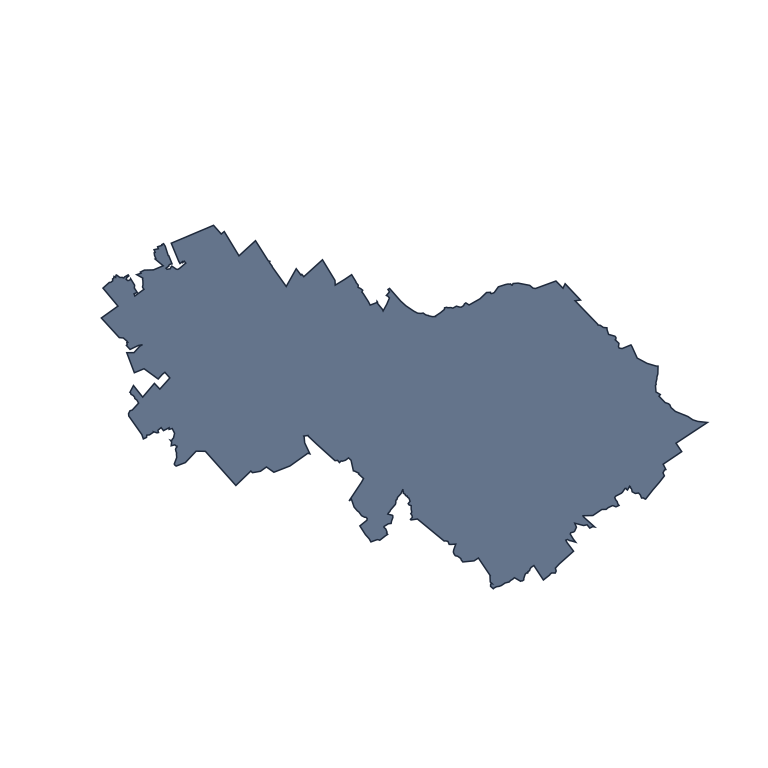 outline of Jesús María, Aguascalientes, Mexico, rotated 228°
{"feature_id": "50627088B43766130092771", "entity_name": "Jesús María", "entity_type": "district", "adm_level": 2, "iso_a3": "MEX", "parent_name": "Mexico", "parent_adm1": "Aguascalientes", "projection": "mercator", "projection_center": [-102.408, 21.935], "detail": "fine", "context": "isolated", "style": "filled", "palette": "slate", "viewbox_px": 768, "rotation_deg": 228, "n_neighbors": 0, "source": "geoboundaries", "source_scale": "gbopen_adm2", "svg_char_len": 6171}
<svg xmlns="http://www.w3.org/2000/svg" viewBox="0 0 768 768"><g transform="rotate(228 384 384)"><path d="M579.4,213.8L559.4,206.0L555.9,215.9L538.8,219.5L539.5,225.8L539.3,229.0L531.8,228.9L530.2,214.0L538.1,213.8L535.7,195.9L550.5,196.8L547.9,189.8L547.7,190.0L545.6,189.1L543.3,189.9L541.1,189.8L539.9,189.1L537.4,189.6L534.0,188.8L533.1,179.5L534.1,177.3L532.9,174.3L531.0,172.9L508.5,170.2L504.2,168.4L503.2,171.8L504.7,173.5L503.1,175.7L502.4,180.7L502.7,180.8L499.6,182.6L498.8,184.0L500.6,184.8L500.9,185.4L500.7,189.2L496.9,188.9L495.3,195.0L494.1,193.9L492.6,196.8L487.5,195.4L484.8,191.5L484.6,189.8L484.2,189.2L484.6,187.8L485.0,187.6L483.0,187.4L480.5,184.5L478.8,187.8L476.6,188.1L476.2,188.5L475.6,187.7L475.6,186.6L475.0,185.4L473.1,184.3L471.4,183.7L471.0,183.0L468.1,180.8L464.9,174.6L464.0,174.3L462.1,174.6L458.5,183.8L459.8,199.4L453.5,206.2L407.7,206.0L408.4,226.8L406.1,226.9L401.8,233.8L401.0,241.1L392.1,243.1L386.0,259.3L383.5,281.0L381.7,282.2L393.4,285.7L398.0,289.2L399.0,289.5L396.6,293.1L396.0,292.8L384.6,293.7L359.8,296.3L358.3,298.4L355.4,298.3L355.5,300.7L354.5,301.4L353.1,304.4L352.8,308.2L349.4,308.5L339.9,303.1L339.5,303.6L334.5,305.6L334.1,304.9L327.4,305.5L326.0,301.3L320.5,279.8L320.2,282.7L312.5,279.4L307.7,279.3L305.6,279.7L301.2,279.2L298.0,280.4L297.0,281.4L295.2,281.5L294.2,280.1L294.7,271.1L284.5,269.4L278.9,269.4L275.4,268.6L272.9,274.8L271.6,275.9L270.7,276.3L270.2,283.6L269.8,286.1L271.6,286.2L271.8,287.1L275.0,288.3L277.5,288.1L278.1,288.7L277.2,293.7L275.6,296.0L277.1,297.9L278.8,301.2L280.2,302.4L280.8,302.4L284.8,299.8L285.3,301.3L285.3,303.0L286.0,304.6L286.9,311.9L287.9,313.4L289.1,314.4L289.7,315.5L289.5,316.3L290.7,318.2L291.2,323.3L293.2,327.7L292.0,326.7L290.7,326.2L290.0,325.3L287.7,325.9L287.2,325.5L285.8,325.6L285.3,326.2L284.2,325.8L282.3,326.1L279.4,324.9L278.9,321.9L277.4,321.7L275.4,322.8L272.9,320.5L270.4,319.0L269.9,318.2L269.7,317.1L267.6,316.9L265.9,315.8L265.7,313.1L264.9,313.1L261.3,318.5L227.1,323.6L226.0,325.0L224.2,326.2L221.2,325.1L219.7,326.7L217.0,330.2L214.2,325.0L213.1,323.5L212.2,322.8L210.2,322.2L208.6,322.1L206.7,323.5L202.9,324.3L201.7,323.7L199.0,323.5L192.3,332.6L191.5,337.7L170.4,334.7L170.4,334.3L165.8,330.5L163.4,330.7L164.1,330.2L164.0,329.9L163.6,329.0L162.3,327.8L158.7,328.2L158.7,329.5L158.0,332.1L156.6,334.1L155.7,336.4L155.1,340.8L153.1,344.6L153.3,346.6L152.8,349.0L152.8,351.3L146.0,353.5L145.9,354.1L145.1,355.1L144.9,356.8L145.9,357.7L148.2,361.7L148.2,363.6L147.4,364.2L147.4,364.7L148.3,365.4L147.9,367.3L148.7,368.5L149.3,370.5L148.8,373.9L131.7,371.3L131.2,379.2L131.5,380.4L131.4,382.1L128.9,384.8L129.8,386.8L132.5,388.2L133.0,393.9L132.9,413.0L143.5,413.9L146.3,414.6L145.7,416.3L143.3,417.2L142.1,418.2L138.2,420.6L142.0,420.9L147.9,422.0L148.5,423.3L147.1,426.0L147.1,427.3L148.8,431.2L152.9,432.6L145.2,437.7L143.5,440.7L139.2,440.5L138.3,443.7L136.8,444.9L150.4,443.5L152.2,443.4L152.9,443.8L146.5,451.2L145.0,461.9L142.2,465.2L142.1,467.9L140.8,472.2L140.5,472.7L137.5,474.2L136.5,477.4L138.5,477.6L140.7,478.6L142.9,478.7L145.3,479.5L145.6,481.3L144.0,487.3L144.0,488.8L145.1,493.2L144.5,494.0L143.4,493.7L142.3,494.0L143.7,498.2L142.7,498.3L142.0,497.7L140.8,497.8L139.7,497.4L137.9,496.3L134.5,497.5L132.7,500.2L130.2,500.3L126.9,499.1L125.7,500.6L124.4,500.8L123.4,501.4L125.4,512.9L126.6,522.4L128.1,530.9L131.3,531.9L132.4,534.9L131.8,536.2L137.6,537.8L134.5,560.0L144.6,561.4L139.0,598.6L146.3,592.1L150.8,589.5L156.5,588.1L168.6,582.2L174.5,581.5L177.3,582.5L179.0,582.2L182.1,580.5L190.9,580.2L191.3,582.3L196.1,580.8L201.3,584.8L201.5,585.9L203.0,586.9L205.2,590.2L206.6,591.5L208.2,594.2L213.9,599.6L215.3,598.2L223.3,593.3L233.8,589.5L245.8,593.3L247.8,593.7L251.0,584.7L253.3,582.8L254.8,583.2L257.0,585.8L262.1,585.4L262.3,586.5L263.4,587.5L265.0,587.6L270.6,584.1L274.9,586.0L276.6,587.3L279.3,584.8L282.9,584.0L284.6,582.5L285.2,582.8L318.0,581.7L314.9,586.2L337.3,585.7L335.4,581.1L345.5,580.7L353.6,560.5L355.5,558.9L359.8,558.3L369.2,551.2L372.3,547.2L371.7,545.5L372.2,545.0L373.7,545.0L374.2,544.1L375.3,543.1L376.6,540.9L379.7,534.0L378.2,527.1L378.6,525.7L379.4,524.2L380.0,523.9L380.9,524.5L383.4,521.4L383.1,512.3L385.8,500.1L389.5,499.1L389.7,497.4L389.0,495.6L389.4,492.8L390.5,491.7L393.4,489.9L394.3,485.9L396.0,484.9L398.1,482.3L399.0,482.0L400.1,480.0L399.0,478.7L399.2,473.7L400.1,467.6L399.7,467.4L401.7,465.0L404.7,462.9L405.6,462.7L406.0,462.1L407.7,461.2L410.5,460.6L411.7,458.7L414.1,456.4L418.2,454.9L427.4,452.6L434.4,451.9L451.3,452.1L451.6,450.2L448.8,449.7L448.2,445.0L446.7,445.6L444.3,445.6L441.4,439.4L438.9,432.2L440.7,432.8L448.0,433.1L449.2,434.0L450.1,434.1L449.3,433.2L451.9,426.5L455.7,427.5L465.3,429.1L467.1,429.1L467.9,430.9L470.5,430.5L473.2,429.4L474.7,431.0L478.4,431.2L478.8,431.6L486.9,433.1L488.1,424.6L490.1,413.9L493.8,416.9L517.5,421.4L517.4,396.2L520.5,396.3L520.5,395.2L528.4,395.9L521.9,376.6L545.8,379.3L546.4,379.7L551.0,380.1L551.5,381.3L553.0,380.4L576.5,384.4L576.3,362.0L604.2,367.3L604.4,363.4L616.0,363.5L631.0,320.1L612.7,313.6L610.0,313.0L609.8,316.1L608.9,315.7L609.0,317.7L606.5,317.6L606.7,310.0L607.0,307.8L607.4,307.2L608.3,306.5L613.6,305.2L613.5,304.2L612.7,302.2L614.4,299.5L615.9,299.5L615.6,302.9L615.9,302.9L616.2,303.7L616.1,305.2L615.1,306.9L623.4,309.9L623.9,309.6L632.7,313.6L635.8,314.1L636.3,312.1L635.6,311.7L637.5,307.6L635.5,306.8L637.7,303.0L634.9,302.0L635.3,301.0L633.1,299.5L629.9,298.4L630.1,297.5L619.6,299.0L623.1,289.0L629.0,282.1L630.2,277.8L628.9,277.6L630.7,273.4L624.1,275.6L623.2,274.5L622.3,274.1L618.9,271.2L617.8,269.5L617.1,269.2L615.0,269.0L616.1,257.7L618.3,258.6L617.2,261.9L622.4,262.7L624.3,264.8L631.9,266.2L631.3,265.2L631.7,263.7L632.3,262.8L634.2,262.4L635.2,264.0L635.0,266.7L636.3,266.9L637.2,262.6L636.9,261.8L637.3,261.2L638.3,260.9L639.9,259.0L644.0,258.2L644.2,257.7L642.8,255.9L644.6,255.4L643.4,253.6L643.7,252.6L642.2,251.4L642.4,248.9L643.3,247.8L643.3,239.3L619.9,238.4L622.2,218.1L595.6,218.3L592.6,221.1L587.5,221.7L586.4,221.5L586.9,220.6L585.2,219.6L585.1,218.4L579.6,218.4L577.0,227.2L574.8,230.9L575.5,227.8L574.6,219.2L579.4,213.8Z" fill="#64748b" stroke="#1e293b" stroke-width="1.5"/></g></svg>